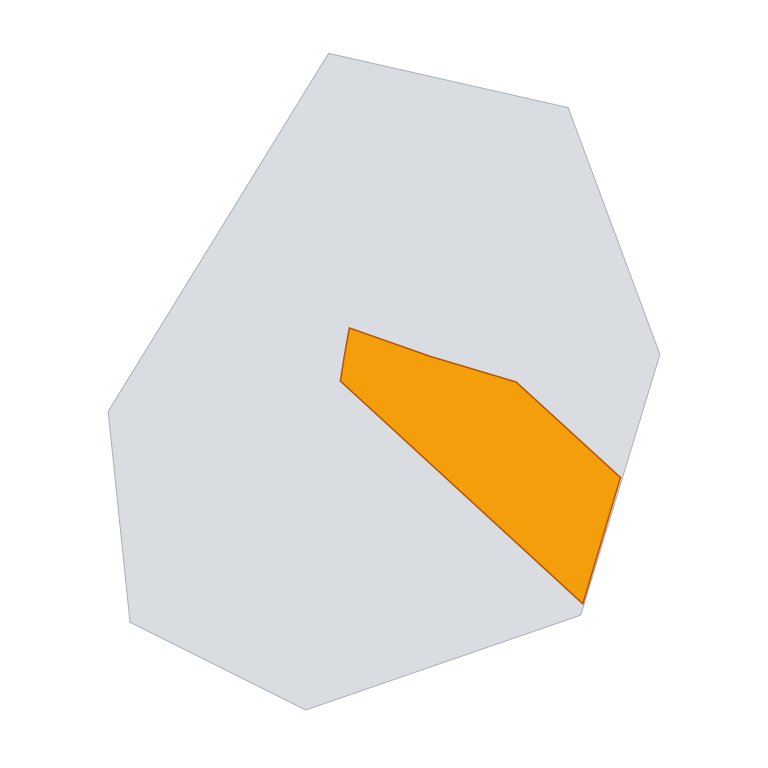 Nibok on a map of Nauru (Albers equal-area conic projection), rotated 182°
{"feature_id": "NRU-4974", "entity_name": "Nibok", "entity_type": "state/province", "adm_level": 1, "iso_a3": "NRU", "parent_name": "Nauru", "parent_adm1": "", "projection": "albers", "projection_center": [166.924, -0.513], "detail": "fine", "context": "in_parent", "style": "filled", "palette": "amber", "viewbox_px": 768, "rotation_deg": 182, "n_neighbors": 0, "source": "natural_earth", "source_scale": "10m", "svg_char_len": 424}
<svg xmlns="http://www.w3.org/2000/svg" viewBox="0 0 768 768"><g transform="rotate(182 384 384)"><path d="M658.7,346.9L450.9,712.5L209.6,666.6L109.3,423.2L179.3,159.9L450.9,55.5L629.5,137.0L658.7,346.9Z" fill="#d9dde1" stroke="#a8b0b8" stroke-width="1"/><path d="M144.4,298.8L177.6,171.2L427.7,385.4L424.8,409.4L420.6,438.8L338.4,413.1L252.0,390.6L144.4,298.8Z" fill="#f59e0b" stroke="#b45309" stroke-width="1.5"/></g></svg>